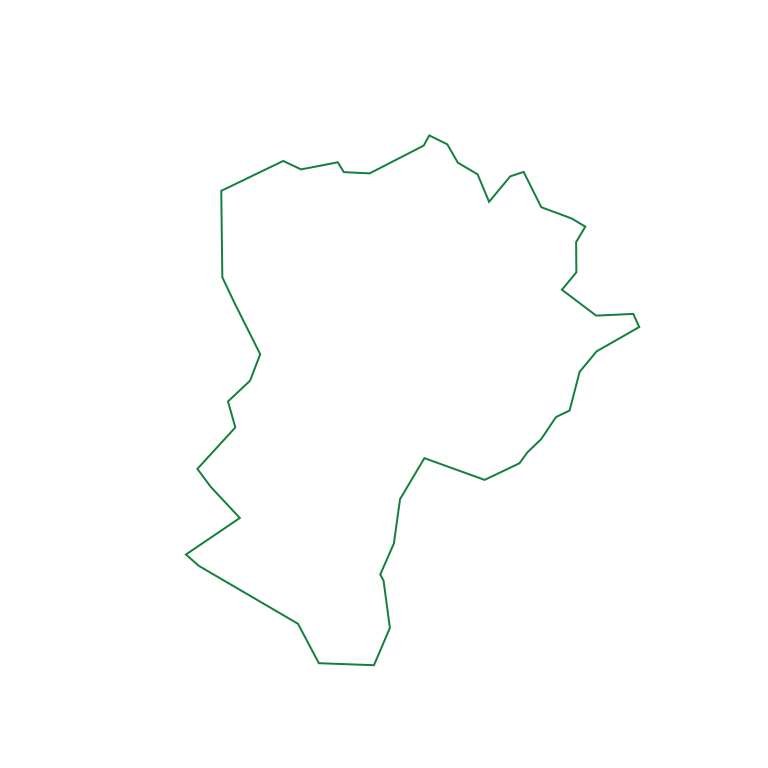 Lee, South Carolina, United States of America, rotated 63°
{"feature_id": "52423323B63410184829220", "entity_name": "Lee", "entity_type": "district", "adm_level": 2, "iso_a3": "USA", "parent_name": "United States of America", "parent_adm1": "South Carolina", "projection": "robinson", "projection_center": [-80.251, 34.159], "detail": "fine", "context": "isolated", "style": "outline", "palette": "green", "viewbox_px": 768, "rotation_deg": 63, "n_neighbors": 0, "source": "geoboundaries", "source_scale": "gbopen_adm2", "svg_char_len": 801}
<svg xmlns="http://www.w3.org/2000/svg" viewBox="0 0 768 768"><g transform="rotate(63 384 384)"><path d="M335.2,133.2L321.9,141.5L297.9,163.6L258.4,163.3L256.3,177.3L269.4,207.7L239.7,205.4L220.4,217.7L199.2,218.8L183.1,230.8L189.6,240.4L189.8,301.2L177.0,323.6L165.5,324.5L155.1,360.5L139.5,372.6L138.0,441.3L215.5,479.6L243.0,480.4L301.3,480.8L320.2,501.8L328.7,530.9L355.2,536.2L374.9,588.8L396.9,585.1L437.9,573.3L446.0,637.9L462.1,631.5L558.6,569.5L603.2,568.8L630.0,520.6L604.0,489.5L559.1,473.7L552.0,473.8L530.6,447.6L493.9,422.0L468.4,381.7L515.1,337.9L516.1,299.2L510.0,287.3L504.4,268.8L492.8,248.1L491.5,245.5L491.9,230.7L461.9,204.1L451.4,179.6L449.1,130.7L434.7,130.1L419.4,163.9L380.8,182.7L371.8,161.9L344.8,148.4L335.2,133.2Z" fill="none" stroke="#15803d" stroke-width="2"/></g></svg>